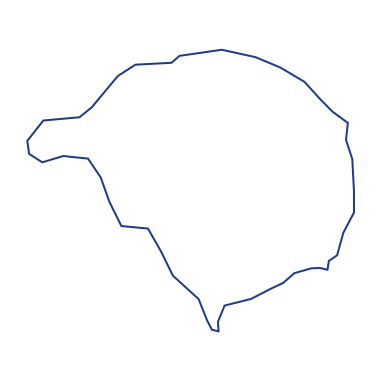 the border of Zajas, rotated 357°
{"feature_id": "MKD-2950", "entity_name": "Zajas", "entity_type": "Statistical Region", "adm_level": 1, "iso_a3": "MKD", "parent_name": "North Macedonia", "parent_adm1": "", "projection": "robinson", "projection_center": [20.899, 41.593], "detail": "fine", "context": "isolated", "style": "outline", "palette": "blue", "viewbox_px": 384, "rotation_deg": 357, "n_neighbors": 0, "source": "natural_earth", "source_scale": "10m", "svg_char_len": 735}
<svg xmlns="http://www.w3.org/2000/svg" viewBox="0 0 384 384"><g transform="rotate(357 192 192)"><path d="M351.3,131.2L348.5,147.9L353.8,167.6L353.8,198.9L352.7,221.0L341.0,240.6L333.6,262.8L325.1,268.0L323.2,276.7L315.5,274.5L306.9,274.5L290.0,278.4L278.3,287.5L265.5,292.8L245.2,301.9L218.6,307.1L211.2,322.8L211.2,332.5L204.7,330.6L200.5,321.4L193.0,299.3L168.5,274.5L158.0,249.8L146.1,226.2L119.7,222.3L109.0,197.5L101.6,172.7L89.9,153.2L72.0,150.4L65.4,149.3L44.0,154.5L31.3,145.4L30.2,132.3L47.3,112.8L83.5,111.5L96.2,102.3L124.0,72.3L142.1,61.9L156.9,61.9L178.3,61.9L186.6,55.4L211.8,53.1L229.2,51.5L262.3,60.6L286.7,72.3L310.2,88.0L325.0,106.2L336.7,119.3L351.3,131.2Z" fill="none" stroke="#1e3a8a" stroke-width="2"/></g></svg>